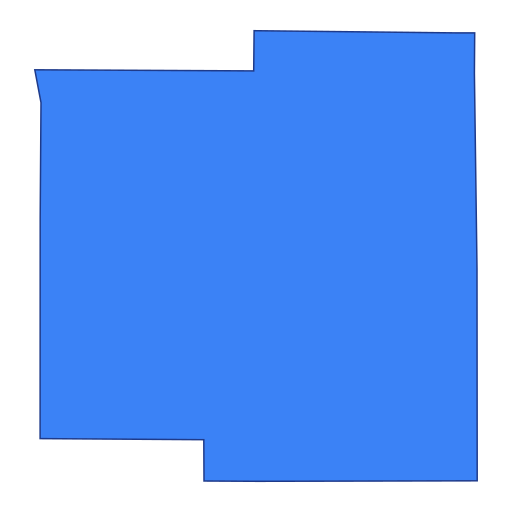 Yalobusha, Mississippi, United States of America (Equal Earth projection)
{"feature_id": "52423323B72301028188801", "entity_name": "Yalobusha", "entity_type": "district", "adm_level": 2, "iso_a3": "USA", "parent_name": "United States of America", "parent_adm1": "Mississippi", "projection": "equal_earth", "projection_center": [-89.727, 34.03], "detail": "fine", "context": "isolated", "style": "filled", "palette": "blue", "viewbox_px": 512, "rotation_deg": 0, "n_neighbors": 0, "source": "geoboundaries", "source_scale": "gbopen_adm2", "svg_char_len": 300}
<svg xmlns="http://www.w3.org/2000/svg" viewBox="0 0 512 512"><path d="M34.8,69.8L41.0,102.6L40.2,217.4L40.1,438.6L203.8,439.7L204.0,481.0L258.0,481.3L477.2,480.8L477.0,268.8L474.4,72.9L474.7,32.9L456.5,32.9L254.1,30.7L253.7,70.9L34.8,69.8Z" fill="#3b82f6" stroke="#1e3a8a" stroke-width="1.5"/></svg>